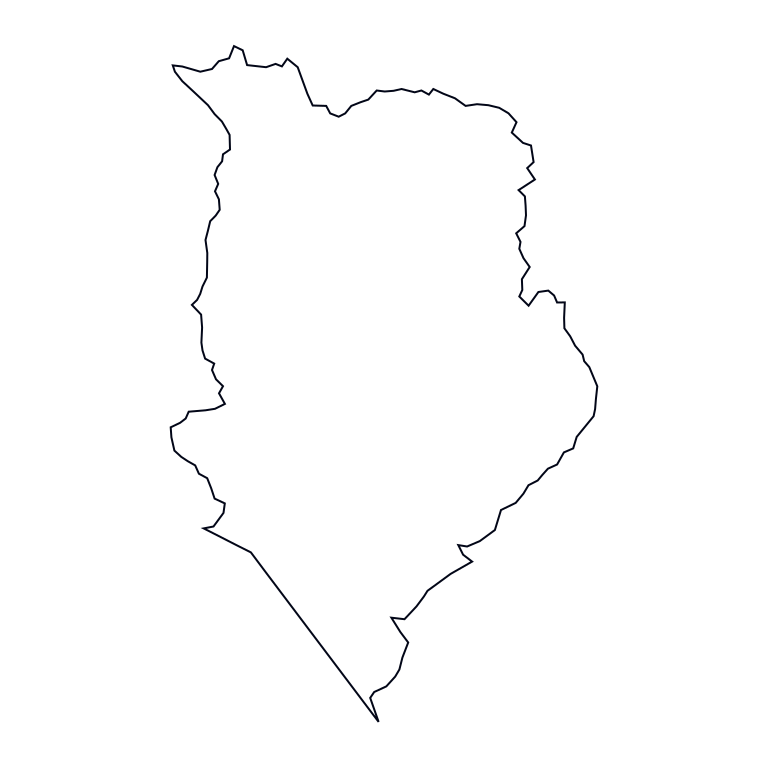 the district of Afogados da Ingazeira, Pernambuco, Brazil
{"feature_id": "56859067B67400829355924", "entity_name": "Afogados da Ingazeira", "entity_type": "district", "adm_level": 2, "iso_a3": "BRA", "parent_name": "Brazil", "parent_adm1": "Pernambuco", "projection": "albers", "projection_center": [-37.624, -7.752], "detail": "fine", "context": "isolated", "style": "outline", "palette": "ink", "viewbox_px": 768, "rotation_deg": 0, "n_neighbors": 0, "source": "geoboundaries", "source_scale": "gbopen_adm2", "svg_char_len": 2126}
<svg xmlns="http://www.w3.org/2000/svg" viewBox="0 0 768 768"><path d="M508.5,113.3L499.2,107.8L488.4,105.2L477.0,104.2L465.6,105.9L455.0,98.3L443.3,93.7L433.3,89.0L428.9,94.6L421.4,90.5L414.7,92.3L401.5,89.0L393.6,90.8L384.7,91.5L376.7,90.5L368.3,99.6L360.6,102.2L351.3,105.9L345.2,113.4L338.7,116.7L330.2,113.4L326.2,105.9L312.7,105.5L307.4,93.8L297.7,67.2L287.3,58.7L281.9,66.4L275.6,63.9L266.1,67.2L247.1,65.1L242.7,50.3L234.0,46.1L229.1,58.3L218.8,61.2L212.0,69.0L200.3,71.7L182.3,66.5L172.8,65.4L174.9,71.7L182.3,81.2L193.0,91.1L208.0,105.2L214.6,114.1L221.9,121.5L226.3,129.0L229.6,134.9L230.0,149.5L223.0,154.3L222.1,161.3L217.4,167.2L214.6,175.0L218.2,183.9L215.0,191.3L218.9,199.3L219.7,209.8L215.7,215.6L210.2,221.2L207.9,230.8L205.5,240.0L207.3,253.0L207.2,262.2L206.9,277.6L202.5,286.5L200.2,293.9L197.1,299.9L191.9,304.9L201.1,314.6L202.1,327.5L201.4,342.6L202.5,350.4L205.1,358.6L214.2,363.6L212.0,370.0L216.0,379.3L223.0,386.2L219.0,393.3L224.9,403.9L215.0,408.8L205.5,410.3L188.7,411.7L185.7,418.5L180.1,422.8L170.7,427.3L171.4,437.3L174.4,450.6L181.3,456.9L187.8,461.2L195.2,465.4L198.9,473.7L207.2,478.2L211.2,488.3L214.6,498.6L224.8,503.4L223.5,512.9L213.5,526.5L203.7,528.4L237.0,545.4L250.9,552.4L264.8,571.0L378.6,721.9L370.2,697.9L374.2,692.0L386.3,686.4L395.2,676.6L399.4,669.5L402.4,657.6L408.2,642.5L400.4,632.1L391.4,617.7L404.5,619.2L416.5,606.4L423.9,596.5L427.5,590.8L450.6,573.9L472.1,561.6L463.1,554.7L458.3,545.1L467.1,546.5L479.8,541.1L494.9,530.0L501.0,510.0L515.7,502.9L523.4,493.7L528.5,485.2L537.7,480.5L542.1,475.2L547.9,468.7L557.1,464.5L563.9,452.4L573.2,448.4L576.7,436.9L593.6,416.2L595.1,409.1L595.9,399.2L597.3,386.3L589.3,367.1L584.2,361.2L582.6,354.6L575.1,345.7L570.2,336.3L564.4,328.3L564.1,317.9L564.8,302.4L557.1,302.5L554.1,295.5L548.3,290.6L538.4,292.0L528.6,305.7L519.3,296.5L522.3,290.0L521.9,279.2L529.7,267.0L523.5,258.2L519.3,248.8L520.5,241.9L516.2,233.3L524.5,226.1L526.0,215.3L525.6,205.7L524.9,196.4L518.6,190.1L534.9,179.5L527.2,168.1L533.6,162.1L531.0,145.5L523.0,142.9L511.8,132.6L516.5,122.2L508.5,113.3Z" fill="none" stroke="#020617" stroke-width="2"/></svg>